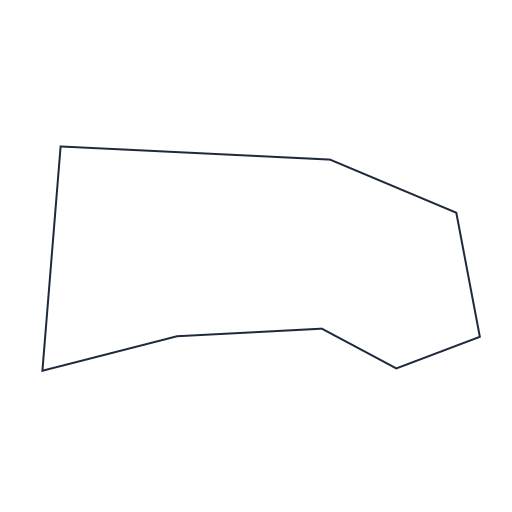 map outline of Jersey (Equal Earth projection), rotated 357°
{"feature_id": "JEY", "entity_name": "Jersey", "entity_type": "country or territory", "adm_level": 0, "iso_a3": "JEY", "parent_name": "Europe", "parent_adm1": "", "projection": "equal_earth", "projection_center": [-2.1, 49.218], "detail": "fine", "context": "isolated", "style": "outline", "palette": "slate", "viewbox_px": 512, "rotation_deg": 357, "n_neighbors": 0, "source": "natural_earth", "source_scale": "50m", "svg_char_len": 272}
<svg xmlns="http://www.w3.org/2000/svg" viewBox="0 0 512 512"><g transform="rotate(357 256 256)"><path d="M458.3,223.3L475.3,348.4L390.2,375.6L317.9,332.0L172.9,332.0L36.7,359.4L66.6,136.4L334.9,163.6L458.3,223.3Z" fill="none" stroke="#1e293b" stroke-width="2"/></g></svg>